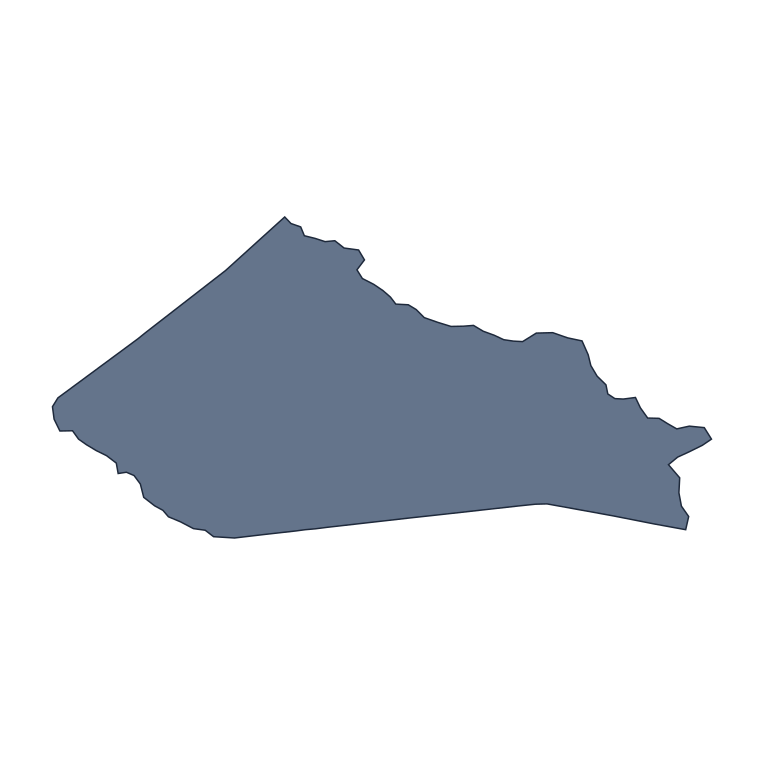 Firmino Alves, Bahia, Brazil (orthographic projection), rotated 93°
{"feature_id": "56859067B48990974542345", "entity_name": "Firmino Alves", "entity_type": "district", "adm_level": 2, "iso_a3": "BRA", "parent_name": "Brazil", "parent_adm1": "Bahia", "projection": "orthographic", "projection_center": [-39.914, -14.923], "detail": "fine", "context": "isolated", "style": "filled", "palette": "slate", "viewbox_px": 768, "rotation_deg": 93, "n_neighbors": 0, "source": "geoboundaries", "source_scale": "gbopen_adm2", "svg_char_len": 1319}
<svg xmlns="http://www.w3.org/2000/svg" viewBox="0 0 768 768"><g transform="rotate(93 384 384)"><path d="M513.7,75.1L500.4,72.8L490.4,80.6L477.2,83.8L462.2,83.8L449.7,95.7L441.7,87.0L435.2,74.7L428.5,62.8L421.9,54.1L410.8,61.9L410.1,76.9L413.5,89.3L408.7,98.8L403.9,107.5L404.2,118.9L394.4,126.7L384.3,132.2L386.5,144.2L386.5,152.7L382.2,160.0L373.2,162.3L365.0,171.6L354.8,178.4L344.2,181.6L330.6,188.5L328.3,203.1L323.9,218.2L325.2,234.6L334.4,247.8L334.4,256.9L333.5,266.7L329.5,276.6L326.1,287.7L320.8,297.7L322.1,307.6L323.0,320.1L319.6,333.6L315.6,347.3L308.0,355.7L303.6,363.9L303.6,376.4L296.9,382.1L290.8,389.9L285.0,399.5L279.8,411.1L271.4,417.0L261.1,410.0L251.5,416.4L250.3,431.0L243.5,440.6L244.9,450.3L242.2,460.4L240.1,471.3L231.5,475.4L228.6,485.3L222.4,491.9L279.0,548.2L339.7,618.5L345.6,625.3L351.8,632.2L414.9,708.9L424.0,713.9L436.4,711.6L447.9,705.2L447.0,692.6L455.1,686.1L460.3,677.8L465.6,667.8L470.1,657.3L477.0,647.2L487.3,644.8L485.6,636.6L488.5,628.8L496.6,622.1L509.8,618.0L517.7,606.6L521.7,598.2L527.9,592.3L532.3,580.0L538.4,566.7L539.4,554.9L545.4,546.2L545.6,525.2L540.6,496.0L535.3,464.0L533.6,454.9L532.2,444.9L530.1,433.3L516.4,351.1L512.8,328.8L498.9,244.2L496.1,226.4L495.2,214.9L503.7,148.3L509.7,106.3L513.7,75.1Z" fill="#64748b" stroke="#1e293b" stroke-width="1.5"/></g></svg>